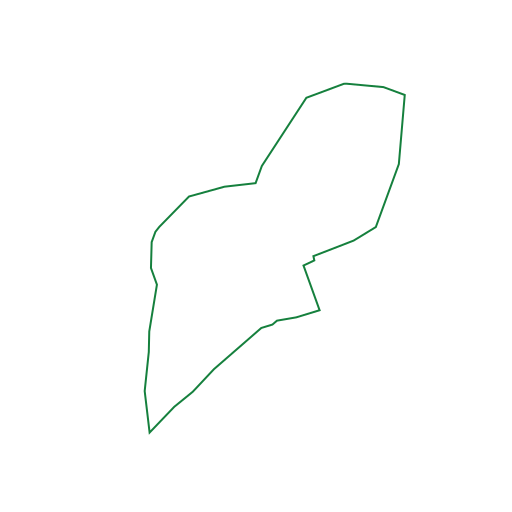 outline of Danew, Chardzhou, Turkmenistan, rotated 110°
{"feature_id": "10190150B82365313393871", "entity_name": "Danew", "entity_type": "district", "adm_level": 2, "iso_a3": "TKM", "parent_name": "Turkmenistan", "parent_adm1": "Chardzhou", "projection": "albers", "projection_center": [63.207, 39.218], "detail": "fine", "context": "isolated", "style": "outline", "palette": "green", "viewbox_px": 512, "rotation_deg": 110, "n_neighbors": 0, "source": "geoboundaries", "source_scale": "gbopen_adm2", "svg_char_len": 569}
<svg xmlns="http://www.w3.org/2000/svg" viewBox="0 0 512 512"><g transform="rotate(110 256 256)"><path d="M405.2,269.0L376.7,256.8L321.8,226.4L314.8,217.1L309.6,214.2L299.9,197.2L285.2,177.7L248.7,208.1L240.2,199.7L236.5,202.0L208.1,169.5L187.8,153.3L120.8,153.2L53.8,171.3L53.7,194.0L63.1,229.7L64.1,232.3L90.1,262.8L169.4,281.3L187.7,281.3L201.7,309.4L223.0,339.3L261.6,356.8L267.6,358.8L278.6,358.8L303.2,350.6L316.8,339.3L363.4,330.5L382.9,323.9L421.0,314.4L457.3,296.1L458.3,295.6L425.6,281.2L405.2,269.0Z" fill="none" stroke="#15803d" stroke-width="2"/></g></svg>